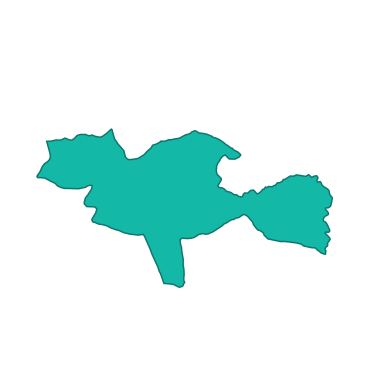 Jalpatagua, Jutiapa, Guatemala (orthographic projection), rotated 316°
{"feature_id": "79465075B35053973506085", "entity_name": "Jalpatagua", "entity_type": "district", "adm_level": 2, "iso_a3": "GTM", "parent_name": "Guatemala", "parent_adm1": "Jutiapa", "projection": "orthographic", "projection_center": [-89.986, 14.11], "detail": "fine", "context": "isolated", "style": "filled", "palette": "teal", "viewbox_px": 384, "rotation_deg": 316, "n_neighbors": 0, "source": "geoboundaries", "source_scale": "gbopen_adm2", "svg_char_len": 4563}
<svg xmlns="http://www.w3.org/2000/svg" viewBox="0 0 384 384"><g transform="rotate(316 192 192)"><path d="M204.6,133.6L203.5,133.9L199.6,132.7L196.1,131.0L193.1,131.9L187.4,131.6L183.5,131.9L176.8,130.5L174.5,129.1L169.3,125.2L168.4,123.1L168.4,121.6L168.4,120.6L171.7,114.9L172.1,106.3L173.2,100.0L177.0,92.8L177.5,92.1L177.8,91.5L177.7,90.8L177.0,90.6L172.1,90.6L166.8,89.9L163.9,88.8L161.1,84.8L159.5,81.3L158.3,81.1L157.4,80.3L156.1,78.8L155.6,76.9L151.8,73.2L148.8,71.6L144.0,71.7L141.5,71.1L140.0,69.4L138.1,65.0L133.7,63.5L130.0,59.9L125.9,57.5L122.7,54.6L116.7,65.5L114.9,68.0L113.8,68.8L112.0,69.7L109.4,69.9L105.8,69.2L102.1,69.7L96.6,71.9L92.2,72.7L91.3,73.1L91.1,73.6L91.0,74.2L91.1,74.7L92.0,75.4L93.2,76.7L96.1,80.1L96.4,82.1L97.3,83.6L97.3,84.5L99.6,90.8L99.5,94.3L101.2,98.3L102.9,101.0L104.8,102.8L112.6,110.8L118.4,114.5L121.2,115.1L123.6,116.5L124.5,118.1L122.1,120.0L115.2,121.7L111.2,122.2L107.4,124.5L106.3,125.7L106.2,129.4L111.7,135.2L111.8,138.1L110.9,138.6L108.4,140.1L102.2,141.7L100.7,142.4L100.1,143.4L100.0,145.3L101.0,146.4L102.5,150.1L105.2,153.6L107.4,157.4L108.3,160.6L111.3,166.8L112.6,168.6L114.5,173.5L118.0,179.1L122.3,184.3L123.1,185.4L127.6,188.8L126.6,192.3L125.0,196.5L122.2,204.2L120.0,209.0L115.4,222.1L113.4,226.1L112.7,228.7L111.7,230.9L111.5,231.5L108.3,238.2L114.2,245.1L115.8,249.3L116.2,250.4L116.6,251.6L119.0,253.0L120.7,253.1L121.7,252.4L123.9,252.0L124.5,250.2L125.7,248.8L126.2,248.3L129.1,245.8L130.7,243.9L131.9,242.7L135.3,237.9L138.7,234.6L143.5,227.5L146.2,224.2L147.6,221.3L150.3,218.1L152.3,218.1L153.2,218.7L155.8,221.8L158.9,224.4L161.8,226.1L167.9,227.5L170.3,229.0L172.0,230.9L172.7,232.1L175.0,233.6L179.8,235.3L190.5,237.3L192.4,237.2L195.9,238.3L198.4,238.7L201.4,239.5L202.7,240.6L206.1,241.6L207.6,242.8L213.2,243.9L214.4,245.1L215.1,248.1L215.0,250.4L214.7,255.6L213.5,258.4L213.0,263.0L213.0,265.0L214.2,267.2L214.9,270.9L213.8,273.6L214.0,274.6L214.0,278.4L219.0,285.8L221.0,288.7L222.2,290.1L224.2,291.8L224.6,292.4L227.6,295.9L232.2,301.8L234.5,305.7L234.6,307.7L235.1,308.8L236.0,310.2L236.8,311.3L237.5,312.2L237.8,313.1L238.5,313.9L239.1,314.8L239.7,315.6L240.3,316.2L241.1,317.0L241.8,317.9L241.9,319.1L241.9,320.5L241.9,321.2L242.3,323.0L242.5,325.2L243.4,327.4L244.7,329.4L245.5,328.9L246.3,328.2L247.0,327.7L247.5,327.1L247.7,326.4L247.8,325.8L248.3,325.2L249.2,324.8L249.9,324.7L250.6,324.8L251.5,324.9L252.1,324.9L252.8,324.4L253.1,323.8L253.7,323.2L254.6,322.8L255.2,322.7L256.1,322.6L256.7,322.4L257.7,322.2L258.4,322.0L258.8,321.6L259.0,320.8L259.2,319.3L259.2,314.9L259.2,314.3L259.6,313.7L260.1,313.6L260.8,314.1L261.1,314.5L261.5,315.2L262.2,315.7L263.1,315.9L264.0,315.7L264.4,315.3L264.7,314.8L266.4,310.1L267.1,307.6L267.1,306.5L267.0,305.7L266.7,305.1L266.6,304.6L266.6,303.8L267.1,303.0L267.7,302.7L268.2,302.4L268.8,302.1L269.9,302.0L270.7,302.0L271.4,302.1L272.0,302.1L272.8,302.3L273.2,302.6L273.9,302.8L274.4,302.8L275.0,302.5L275.4,301.8L275.7,301.1L275.8,300.4L275.9,299.3L275.9,298.2L275.9,297.6L276.3,296.9L276.8,296.5L277.6,296.6L278.0,297.1L278.4,297.5L279.1,298.0L280.1,298.3L280.7,298.4L281.4,298.4L282.3,298.2L285.4,296.3L288.8,293.7L289.0,293.1L289.3,289.6L289.6,289.0L290.5,287.8L291.0,286.9L291.4,286.3L291.5,285.8L291.5,284.9L291.6,284.1L291.5,283.6L291.4,283.0L290.6,280.1L290.5,279.5L290.4,278.9L290.4,277.5L290.6,276.6L290.9,276.1L291.2,275.4L291.4,273.5L290.1,272.9L289.4,272.4L289.1,271.7L289.9,270.4L292.4,269.4L293.0,267.9L292.8,266.8L291.0,265.5L288.2,264.7L288.0,260.6L284.7,259.8L278.9,252.1L276.5,251.5L273.6,248.7L267.5,247.4L266.4,246.5L264.0,247.0L261.5,246.2L259.7,244.7L256.6,245.1L255.5,244.3L253.3,244.0L250.9,241.2L248.7,240.6L248.3,239.5L245.8,239.9L244.6,239.2L241.7,239.6L238.4,239.1L237.5,238.3L237.6,233.4L235.8,232.0L235.4,231.6L231.2,231.5L229.7,229.8L229.0,229.2L227.2,229.3L225.3,230.4L224.0,229.8L222.9,228.2L222.3,226.7L222.3,225.2L220.4,223.1L219.6,219.2L217.3,215.4L217.3,212.3L216.6,210.1L214.6,207.4L214.5,206.3L215.1,205.5L215.8,205.2L220.9,203.9L222.4,202.6L222.4,200.9L222.4,196.3L224.3,193.5L227.6,190.6L230.7,189.2L234.1,188.6L235.3,187.9L238.9,187.6L241.6,188.4L241.7,194.1L245.9,198.3L250.3,199.6L252.6,199.3L253.0,198.2L252.7,194.8L251.3,191.1L251.3,188.2L250.4,187.1L250.0,183.1L249.4,182.2L249.2,179.0L248.1,173.4L246.6,169.6L245.3,167.6L244.9,165.5L242.8,160.7L240.3,157.1L237.9,154.2L237.5,151.7L237.2,151.0L236.8,150.2L236.1,149.7L233.9,148.7L230.8,148.5L226.7,146.3L220.4,144.6L215.6,141.3L213.0,139.8L211.7,138.3L207.7,136.6L204.6,133.6Z" fill="#14b8a6" stroke="#0f766e" stroke-width="1.5"/></g></svg>